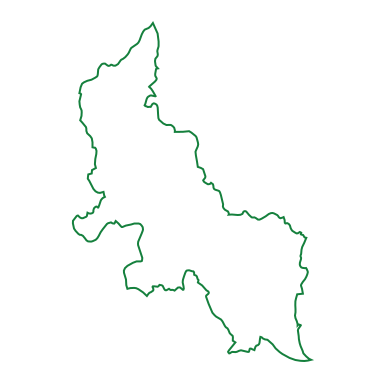 Do Luong, Nghệ An, Vietnam (Equal Earth projection)
{"feature_id": "81297802B2130126961507", "entity_name": "Do Luong", "entity_type": "district", "adm_level": 2, "iso_a3": "VNM", "parent_name": "Vietnam", "parent_adm1": "Nghệ An", "projection": "equal_earth", "projection_center": [105.341, 18.916], "detail": "fine", "context": "isolated", "style": "outline", "palette": "green", "viewbox_px": 384, "rotation_deg": 0, "n_neighbors": 0, "source": "geoboundaries", "source_scale": "gbopen_adm2", "svg_char_len": 5955}
<svg xmlns="http://www.w3.org/2000/svg" viewBox="0 0 384 384"><path d="M73.0,220.8L72.9,223.3L74.0,228.5L75.6,230.9L78.4,233.9L79.8,234.8L81.2,234.9L82.9,235.8L84.8,238.1L86.5,240.4L88.1,241.4L91.1,241.6L92.6,241.2L95.7,239.8L97.3,238.2L98.7,236.0L100.6,232.3L102.7,229.3L106.9,224.0L108.1,223.2L111.0,222.4L112.4,223.3L114.2,223.6L114.7,223.1L115.4,221.5L115.7,221.0L118.5,223.5L120.9,226.3L121.7,227.0L122.5,227.0L125.8,225.6L131.1,224.5L134.4,223.5L138.6,223.5L140.3,224.1L141.6,225.5L142.7,227.2L143.0,229.5L142.7,230.8L141.7,233.4L138.2,241.7L138.0,243.6L138.1,245.1L142.3,257.9L142.1,259.9L141.8,261.0L140.7,261.4L136.6,261.4L132.9,262.8L127.5,265.8L125.0,268.1L123.9,270.6L124.0,272.8L126.0,279.5L126.3,285.2L127.4,288.8L130.3,288.1L134.1,287.9L136.2,288.2L138.4,289.2L143.1,292.4L146.9,296.0L148.3,294.0L149.4,292.8L151.0,292.1L153.0,290.7L153.4,289.9L153.2,288.4L152.6,287.2L152.6,286.7L152.9,286.3L154.0,286.3L157.6,286.7L158.5,286.2L159.5,284.9L161.8,285.3L162.7,285.9L164.2,288.9L164.8,289.8L165.4,290.2L166.5,290.2L169.0,288.8L170.4,289.9L171.2,290.0L172.0,289.8L173.2,290.0L174.6,290.6L177.9,287.6L179.5,287.4L180.1,287.5L182.9,289.8L183.4,289.7L183.8,288.6L183.5,286.2L182.7,282.5L182.8,280.9L183.0,279.6L184.0,276.4L185.2,273.0L186.0,271.3L186.7,270.6L188.3,270.3L189.2,270.3L192.3,271.3L193.2,271.3L193.7,271.7L194.1,272.6L194.2,274.8L196.3,275.7L196.9,276.6L197.6,279.0L198.5,280.1L197.9,282.5L202.1,285.4L206.4,290.3L208.3,291.5L208.7,292.3L208.8,292.8L208.6,293.3L208.3,293.8L206.3,295.5L206.1,296.0L206.1,296.8L208.6,303.8L212.4,312.7L214.4,315.0L216.1,316.6L221.0,319.5L222.5,321.4L224.8,325.8L225.8,327.2L227.5,328.4L228.3,329.7L229.7,333.1L230.6,334.1L232.6,335.8L232.9,337.1L232.8,340.7L235.4,342.4L229.3,349.9L228.1,351.7L228.3,352.4L229.2,353.4L230.0,353.2L231.3,352.3L232.2,351.9L235.5,352.1L236.9,351.8L239.1,350.8L241.0,350.3L247.8,351.9L248.7,351.9L249.1,351.3L249.7,349.0L250.1,348.6L251.0,348.6L252.6,349.4L254.4,350.1L255.4,346.9L256.4,345.6L257.9,345.2L259.1,344.0L259.5,342.8L260.0,338.8L260.4,336.9L261.7,337.3L262.8,338.4L264.9,339.4L267.5,339.8L272.7,344.4L275.6,348.4L279.6,352.0L282.4,354.0L289.5,357.9L295.4,360.0L300.4,360.8L304.3,361.0L307.8,360.6L311.1,359.8L309.0,358.8L306.2,356.4L303.4,353.4L302.6,350.8L300.6,346.1L299.7,343.2L298.9,339.1L298.7,336.1L297.9,330.4L298.2,329.1L300.8,325.4L300.6,325.0L299.9,325.2L298.8,324.4L298.4,324.5L297.6,325.4L297.6,324.1L296.8,321.2L295.5,318.2L295.0,315.5L295.5,312.3L295.5,309.1L295.3,305.2L295.4,301.2L296.0,298.5L297.2,294.3L302.9,293.7L302.0,288.8L301.4,286.9L301.0,285.6L301.2,284.5L302.9,281.8L305.0,279.2L306.4,276.6L307.3,274.3L307.8,272.3L307.7,271.4L306.7,269.0L306.0,268.0L305.2,268.2L303.6,268.0L302.3,267.8L301.3,267.4L300.4,266.3L299.9,265.1L299.8,264.3L299.9,262.7L301.0,259.1L301.1,257.9L300.5,256.2L300.6,255.3L301.0,254.4L301.2,253.3L301.5,249.8L302.2,247.0L304.2,242.9L306.3,237.8L304.7,237.4L304.2,236.9L303.7,235.9L303.1,235.0L301.1,234.5L300.8,234.2L301.2,232.7L299.8,232.0L297.8,233.3L296.6,233.4L295.4,232.8L292.3,230.8L291.5,229.7L290.7,228.2L289.9,225.4L288.8,224.0L287.4,223.2L286.7,223.2L285.7,223.5L285.3,223.4L284.8,222.8L284.6,220.0L283.6,217.1L282.3,217.7L280.4,218.2L279.5,217.8L278.7,217.0L278.2,216.1L277.3,215.1L274.0,213.4L272.6,213.0L271.0,213.1L268.8,214.0L265.7,216.3L261.6,218.7L259.6,219.6L258.0,219.6L255.9,218.1L254.5,217.4L252.8,217.5L251.6,217.3L249.0,214.9L246.3,211.6L245.4,211.2L244.4,211.2L243.5,211.7L242.4,213.9L240.4,214.8L237.8,215.0L231.8,214.5L228.7,214.7L229.0,214.2L228.5,212.6L228.0,211.5L225.0,209.8L223.9,208.6L223.3,207.7L222.9,206.5L223.1,204.3L220.9,195.1L220.0,192.4L219.3,191.2L218.4,190.7L215.2,189.7L214.0,188.8L213.5,187.6L213.4,186.0L213.0,184.3L211.0,182.8L210.0,183.9L208.8,184.2L207.8,184.2L205.1,182.6L203.8,181.6L203.2,180.3L205.2,177.7L205.4,176.3L203.1,169.2L200.8,167.9L197.8,166.9L197.0,161.5L195.9,155.4L195.5,151.8L196.0,150.4L197.7,146.6L198.2,144.4L197.9,142.4L196.5,137.3L195.6,136.0L191.4,132.6L189.1,131.2L182.9,131.8L174.8,131.9L174.9,130.4L174.2,127.8L173.2,126.6L171.4,125.2L170.2,124.9L166.4,125.0L163.3,123.5L159.1,119.8L158.4,118.1L158.1,114.5L157.7,107.6L157.2,105.7L156.5,104.6L155.2,103.8L154.1,103.4L153.5,103.4L152.3,104.2L150.7,106.9L149.9,106.8L147.8,107.0L145.9,106.1L145.4,106.1L144.6,105.3L145.3,103.9L146.6,99.2L147.4,97.5L148.2,96.7L150.1,95.6L151.0,95.4L155.3,96.3L155.6,96.1L152.8,91.2L151.1,88.7L149.1,86.8L149.4,86.4L155.0,81.5L156.3,79.9L156.7,78.8L156.5,78.0L155.3,75.9L155.2,74.7L155.2,73.9L156.0,69.4L156.3,68.7L157.9,68.4L155.8,66.0L155.6,65.4L155.1,62.1L155.0,61.0L155.4,58.7L157.2,56.5L157.6,55.8L157.8,54.3L157.3,51.2L157.5,50.0L158.5,46.7L158.6,45.8L158.6,41.5L157.6,33.5L152.9,23.0L150.6,26.2L148.6,28.0L144.8,29.6L144.1,30.4L143.2,31.6L141.8,34.3L139.6,40.3L138.4,42.6L137.1,43.9L131.3,47.9L130.6,48.9L128.8,52.7L127.7,54.4L125.3,57.1L123.1,58.8L121.3,59.7L120.6,60.4L118.0,64.1L115.5,65.6L115.0,65.7L113.3,65.6L112.0,64.9L111.1,64.7L110.0,65.5L108.8,65.9L107.7,65.6L105.0,63.6L103.7,63.6L102.3,63.9L101.4,64.6L99.6,67.0L98.5,68.8L98.2,69.6L97.8,74.2L97.5,75.7L97.1,76.4L95.4,77.6L91.5,79.7L87.3,80.8L84.0,82.3L82.1,83.7L81.5,85.1L80.6,87.3L79.4,93.2L80.6,93.6L81.1,94.2L79.4,101.3L79.7,104.6L80.2,107.4L81.0,109.0L81.6,110.5L81.7,112.4L81.5,115.9L80.2,120.3L82.3,122.6L85.9,127.0L86.3,128.3L86.4,131.0L87.2,133.3L90.3,136.2L91.8,138.4L92.5,142.3L92.5,147.3L93.7,147.6L95.0,147.7L95.8,148.6L96.5,150.9L96.3,154.0L95.3,159.0L94.9,164.2L95.9,168.0L92.0,170.1L91.7,173.5L88.3,174.4L88.0,176.5L87.8,178.7L89.3,180.9L93.4,188.9L95.5,191.3L97.8,192.6L100.0,192.9L103.5,191.9L104.2,195.5L104.9,196.9L102.8,198.0L101.4,199.5L100.8,200.5L99.2,205.3L98.3,207.5L97.8,207.5L96.8,206.6L96.1,206.6L95.2,207.1L94.0,208.3L93.4,210.3L93.4,211.7L93.0,212.6L92.1,213.2L90.7,213.6L88.8,213.4L87.5,212.7L86.9,215.9L86.3,216.7L82.9,218.2L81.6,218.2L80.3,217.7L78.9,216.5L78.1,215.6L77.4,215.6L76.6,216.1L73.0,220.8Z" fill="none" stroke="#15803d" stroke-width="2"/></svg>